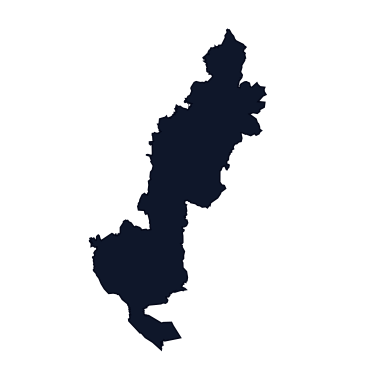 outline of Altotonga, Veracruz, Mexico, rotated 325°
{"feature_id": "50627088B58942716797711", "entity_name": "Altotonga", "entity_type": "district", "adm_level": 2, "iso_a3": "MEX", "parent_name": "Mexico", "parent_adm1": "Veracruz", "projection": "robinson", "projection_center": [-97.134, 19.765], "detail": "fine", "context": "isolated", "style": "filled", "palette": "ink", "viewbox_px": 384, "rotation_deg": 325, "n_neighbors": 0, "source": "geoboundaries", "source_scale": "gbopen_adm2", "svg_char_len": 6023}
<svg xmlns="http://www.w3.org/2000/svg" viewBox="0 0 384 384"><g transform="rotate(325 192 192)"><path d="M285.5,174.3L285.2,172.7L286.3,169.0L283.5,160.9L287.5,161.9L290.6,165.0L293.7,164.8L294.7,163.3L299.8,163.9L303.1,160.3L297.8,155.8L305.2,154.0L308.5,154.6L308.7,151.1L309.9,149.1L311.6,148.0L308.1,144.9L307.5,141.6L307.8,139.8L301.5,140.6L300.3,140.1L300.2,138.7L301.4,135.7L299.7,132.8L298.0,132.0L294.4,131.7L292.6,132.2L292.5,133.0L291.1,134.1L289.7,132.2L294.2,128.1L297.6,127.0L297.5,126.4L298.5,126.6L300.3,125.0L300.5,121.5L304.3,118.4L305.2,116.8L310.5,114.4L311.8,112.9L312.6,113.0L313.9,109.6L315.0,109.0L315.0,108.0L314.3,106.7L314.8,106.0L316.6,104.7L317.7,104.9L318.0,104.2L319.2,104.3L319.3,103.6L318.6,102.9L318.6,100.7L314.7,93.3L314.6,91.1L315.4,88.2L315.0,84.8L315.4,81.6L315.4,80.4L314.6,80.0L314.4,79.2L313.3,79.3L312.7,81.1L312.0,81.8L308.8,82.9L307.9,84.8L300.5,88.8L298.0,87.2L296.1,88.5L296.1,87.5L294.7,86.8L294.6,85.8L293.6,87.0L292.8,86.4L292.5,86.8L290.2,84.9L288.3,86.0L287.5,85.8L286.2,86.4L284.6,87.5L285.1,88.7L284.7,89.0L283.0,87.6L281.8,88.1L278.2,88.3L278.0,89.6L278.5,90.2L279.2,90.0L278.9,90.6L279.2,91.3L278.6,92.3L276.9,91.7L277.9,95.0L277.2,96.1L276.7,95.9L275.7,99.4L274.9,99.4L273.5,101.8L273.9,102.9L275.1,103.4L273.7,105.3L274.7,105.7L275.6,107.2L275.4,108.8L274.5,109.7L267.7,111.0L266.9,109.4L264.4,109.6L263.8,108.5L261.4,107.1L258.7,104.0L256.6,103.6L251.5,105.8L250.7,106.4L249.9,109.2L245.9,111.7L243.6,111.4L241.2,112.7L240.3,111.9L239.9,113.4L238.3,113.2L237.6,113.8L237.7,114.6L239.7,115.4L240.1,116.1L239.7,116.6L240.7,117.2L240.5,117.6L240.9,117.4L242.4,119.5L241.6,119.5L240.1,121.2L238.7,121.4L238.6,120.5L236.8,122.3L235.3,122.2L234.9,120.8L232.5,118.1L231.4,115.0L229.9,114.4L229.0,112.0L227.4,113.3L227.8,115.0L227.4,115.5L226.5,114.9L227.1,114.1L226.0,114.0L226.2,114.8L225.8,115.2L225.5,114.3L225.7,116.3L225.3,116.5L225.3,117.5L223.9,117.1L222.7,118.2L222.7,117.2L221.8,118.1L220.7,117.8L220.2,118.5L217.8,118.5L217.5,119.0L217.6,118.6L216.4,118.2L216.5,118.9L214.7,117.8L214.1,116.6L214.6,115.2L213.0,115.5L207.4,113.6L204.2,117.4L202.8,116.8L202.7,118.3L201.4,120.1L201.2,122.2L200.6,122.7L201.1,124.6L199.2,124.4L198.4,124.9L196.2,123.3L195.3,121.9L194.3,122.2L193.1,121.4L192.1,122.6L191.9,123.9L189.8,127.3L189.8,128.3L189.0,128.5L185.9,126.6L184.8,128.1L185.1,129.5L186.9,129.7L186.8,130.2L181.6,138.0L180.3,139.1L179.8,139.1L177.3,136.0L175.6,135.2L178.1,138.4L176.8,143.3L175.8,143.5L175.4,148.3L172.0,151.3L169.6,151.9L166.3,155.7L165.6,158.0L162.6,158.2L160.8,161.6L157.4,165.3L156.7,167.3L155.1,167.7L153.9,168.8L152.5,167.4L152.2,165.9L149.5,165.9L145.1,168.4L143.3,170.2L141.7,170.6L140.9,171.8L139.4,172.6L137.9,176.0L142.1,179.4L142.4,180.0L141.3,182.8L141.4,183.7L143.0,183.8L143.3,185.2L140.9,191.5L139.5,193.1L139.5,194.3L137.8,196.4L136.7,199.1L133.6,197.8L133.0,196.3L128.8,194.2L129.1,192.5L128.6,191.0L126.4,187.9L125.1,188.0L124.4,186.8L124.3,182.3L123.1,180.4L123.0,178.4L121.6,177.8L121.5,177.1L119.0,176.9L118.1,178.0L113.0,180.0L109.9,184.4L107.8,185.1L107.6,184.1L105.9,185.1L105.0,184.2L105.7,182.2L104.7,183.9L104.3,183.8L104.1,183.0L103.0,182.2L103.3,181.6L102.6,180.1L89.8,179.8L89.7,177.6L90.8,174.5L90.5,173.5L88.5,173.8L86.4,176.3L85.6,176.5L85.1,175.6L85.1,173.4L82.8,172.9L83.1,171.9L81.9,171.6L81.9,170.8L81.6,173.2L80.3,173.0L79.8,173.9L81.1,175.4L80.9,176.6L80.0,175.9L79.9,176.7L78.1,178.8L80.2,179.3L80.7,181.3L82.5,182.4L81.0,184.7L78.8,184.8L76.8,185.7L77.2,186.1L75.8,188.3L74.4,188.8L73.4,188.3L73.1,188.6L73.0,190.7L71.8,191.9L70.9,194.3L70.0,194.8L69.5,197.2L68.7,197.4L67.9,198.9L66.8,199.1L66.3,200.0L66.8,203.8L66.2,205.6L66.4,209.1L65.1,215.0L64.7,221.0L65.6,227.3L69.5,229.5L72.2,232.2L72.3,233.1L73.6,234.2L73.3,240.1L75.4,247.4L74.7,247.6L74.6,251.2L73.9,250.9L73.8,252.5L73.1,252.2L72.8,254.1L72.2,253.8L71.3,257.2L70.8,256.9L70.9,256.0L69.1,259.4L68.0,260.3L67.2,259.8L66.3,261.4L68.6,277.7L69.6,278.1L70.3,284.4L73.7,292.5L76.3,303.7L77.4,302.5L77.2,301.5L78.9,300.7L78.8,299.9L80.1,300.5L79.8,299.0L80.6,299.4L80.3,297.8L81.3,298.3L81.1,297.0L82.3,297.5L84.2,296.9L84.3,298.3L99.1,304.8L99.8,290.7L100.4,287.0L93.5,282.5L91.8,282.1L85.7,268.6L85.0,267.7L84.0,267.6L84.1,266.8L83.0,266.6L83.1,265.8L82.5,265.8L82.8,263.7L83.4,263.3L83.4,261.9L84.5,261.9L85.2,259.6L88.5,260.6L88.5,259.8L92.1,259.9L102.4,265.7L104.7,266.1L106.6,267.9L108.6,267.8L110.1,266.6L110.0,264.1L110.6,263.1L112.7,264.4L114.7,263.7L115.8,262.4L116.7,263.1L119.6,262.6L119.7,263.4L120.6,263.3L120.6,264.1L121.6,263.9L121.3,264.4L126.8,266.2L128.2,267.5L128.3,267.2L131.2,268.6L130.8,266.8L128.8,263.8L130.0,262.5L130.2,263.0L131.5,262.1L132.3,262.7L133.3,261.2L134.5,261.6L135.1,262.5L135.9,261.7L136.9,261.8L139.2,259.4L141.8,254.0L141.1,248.8L143.8,244.7L144.1,242.4L147.0,241.6L148.7,239.0L151.7,236.3L152.2,231.5L153.2,230.2L152.8,229.3L153.0,227.8L153.7,227.6L154.4,228.4L155.5,228.1L159.3,222.5L160.5,219.9L161.2,219.3L163.2,219.1L163.7,218.3L162.8,216.7L163.9,215.1L166.1,216.1L168.1,216.3L170.7,214.8L171.7,212.0L170.6,211.1L171.3,208.3L171.6,207.8L172.1,208.6L172.6,207.5L174.4,207.6L174.9,207.1L174.9,205.7L176.7,204.5L179.1,199.7L180.1,199.4L179.3,197.9L179.3,196.7L181.4,195.1L183.7,196.2L184.1,197.8L185.1,198.7L184.9,199.9L188.2,203.5L189.0,206.1L190.8,207.9L191.7,210.2L194.9,211.9L195.5,213.8L198.5,212.8L198.9,213.5L201.0,211.5L209.6,211.5L214.2,209.7L215.6,208.6L221.5,208.4L222.1,205.3L221.8,204.7L221.2,204.8L220.4,203.0L220.4,199.8L226.7,190.9L228.3,190.6L230.9,188.8L233.5,189.1L233.8,190.1L233.1,193.4L233.6,193.8L234.3,193.1L236.1,192.9L237.8,191.3L237.8,190.7L236.8,189.7L236.7,188.7L237.9,186.7L240.3,186.4L242.1,184.1L244.3,182.6L245.0,182.7L245.6,181.6L247.4,181.9L248.4,180.2L250.8,180.5L251.2,179.1L252.6,177.9L255.0,177.3L256.4,178.1L258.9,177.7L261.2,178.7L263.7,176.5L265.8,171.6L267.2,172.2L269.0,175.3L269.7,175.5L272.5,179.5L276.7,179.9L277.1,182.2L280.2,182.7L282.0,181.7L284.2,181.6L283.4,179.4L284.8,176.9L285.5,174.3Z" fill="#0f172a" stroke="#020617" stroke-width="1.5"/></g></svg>